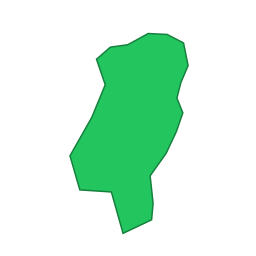 Kalo Chorio Oreinis, Nicosia, Cyprus, rotated 19°
{"feature_id": "46923920B53942944533329", "entity_name": "Kalo Chorio Oreinis", "entity_type": "district", "adm_level": 2, "iso_a3": "CYP", "parent_name": "Cyprus", "parent_adm1": "Nicosia", "projection": "natural_earth1", "projection_center": [33.158, 35.002], "detail": "fine", "context": "isolated", "style": "filled", "palette": "green", "viewbox_px": 256, "rotation_deg": 19, "n_neighbors": 0, "source": "geoboundaries", "source_scale": "gbopen_adm2", "svg_char_len": 417}
<svg xmlns="http://www.w3.org/2000/svg" viewBox="0 0 256 256"><g transform="rotate(19 128 128)"><path d="M116.3,32.1L100.6,49.4L85.0,57.3L75.8,73.2L92.4,94.5L90.3,129.7L82.2,173.2L102.6,202.2L133.1,193.9L157.6,229.2L180.2,207.1L176.3,191.2L164.5,166.0L172.3,139.5L174.9,115.6L174.9,95.8L164.5,83.8L163.2,67.9L164.5,49.4L152.8,29.5L134.5,26.8L116.3,32.1Z" fill="#22c55e" stroke="#15803d" stroke-width="1.5"/></g></svg>